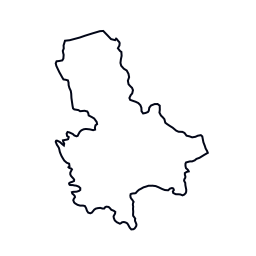 Akciabrski, Gomel, Belarus, rotated 79°
{"feature_id": "67162791B76840313346110", "entity_name": "Akciabrski", "entity_type": "district", "adm_level": 2, "iso_a3": "BLR", "parent_name": "Belarus", "parent_adm1": "Gomel", "projection": "albers", "projection_center": [28.984, 52.671], "detail": "fine", "context": "isolated", "style": "outline", "palette": "ink", "viewbox_px": 256, "rotation_deg": 79, "n_neighbors": 0, "source": "geoboundaries", "source_scale": "gbopen_adm2", "svg_char_len": 3944}
<svg xmlns="http://www.w3.org/2000/svg" viewBox="0 0 256 256"><g transform="rotate(79 128 128)"><path d="M30.3,173.2L32.4,174.3L34.7,175.5L37.7,175.9L39.9,177.3L42.1,177.3L43.9,177.2L47.5,178.2L49.1,179.6L49.1,182.6L48.9,185.4L50.7,186.6L53.3,186.5L56.5,185.7L60.3,184.7L63.3,183.7L65.8,182.9L68.0,182.1L68.8,179.9L69.8,177.9L72.0,177.7L74.6,178.1L77.4,177.9L80.7,177.1L83.5,177.2L87.7,177.8L91.5,178.0L95.7,178.2L98.3,178.2L99.5,177.2L100.3,175.0L101.0,173.2L102.4,171.8L102.6,169.4L102.8,167.4L104.0,164.8L105.8,164.2L108.2,164.2L110.4,161.4L112.2,159.4L116.1,157.6L118.3,157.6L119.1,159.4L121.3,160.4L123.3,160.6L123.5,162.6L122.3,165.2L121.9,166.2L120.9,169.6L120.8,171.8L121.4,174.2L122.6,176.1L124.5,177.7L126.1,178.9L126.3,180.1L125.1,182.1L123.4,183.3L121.2,186.3L120.4,188.1L121.8,189.3L124.2,189.3L125.6,187.9L127.5,188.9L127.7,189.9L127.7,192.5L127.7,194.2L129.1,194.2L131.2,193.6L132.9,194.3L131.1,195.8L128.9,197.4L127.9,198.6L126.8,200.2L126.8,201.0L127.8,201.6L128.8,201.4L130.9,201.0L132.5,200.3L134.5,199.6L136.5,199.5L138.1,199.5L139.5,199.3L142.4,198.7L143.7,198.3L145.4,197.7L147.8,196.8L150.4,194.8L151.8,192.6L154.4,192.7L155.1,193.9L156.0,193.3L156.9,191.6L157.9,190.9L159.2,191.9L160.7,193.1L162.3,193.5L163.9,193.2L165.7,192.2L167.1,191.3L168.4,190.7L169.7,191.1L170.2,193.0L170.4,194.9L170.8,196.1L171.5,196.5L172.7,196.1L173.2,194.7L173.5,193.1L174.2,191.5L174.7,189.9L176.1,187.6L177.9,186.3L179.7,186.7L180.4,188.1L180.7,190.5L180.5,192.1L180.2,194.1L180.3,195.3L181.7,195.2L183.1,194.1L184.5,193.3L185.7,193.2L186.7,194.2L187.7,195.1L188.5,195.5L190.8,195.1L191.9,194.3L193.8,192.2L195.0,189.9L195.6,186.9L196.4,185.2L198.8,184.4L201.3,184.1L203.5,183.2L204.5,181.3L204.2,179.7L203.0,178.2L201.7,176.7L201.0,175.0L200.9,173.0L201.1,170.5L202.2,168.4L202.5,166.7L201.3,165.4L201.1,164.2L201.8,162.1L203.3,161.0L205.1,160.0L205.9,158.7L206.6,157.7L207.9,156.5L209.5,157.0L210.8,158.1L211.9,159.0L213.6,159.1L216.2,158.6L217.4,157.7L218.4,156.9L220.4,154.2L220.0,152.8L219.4,151.8L219.5,150.0L220.3,148.3L221.5,146.9L223.6,146.1L226.2,145.3L228.2,144.1L228.4,142.0L227.9,140.7L226.8,139.5L225.6,138.5L224.1,138.1L222.0,138.5L220.7,138.8L219.4,138.7L218.4,138.2L216.1,139.2L215.2,139.7L213.7,139.5L212.2,139.1L210.9,138.8L209.0,138.6L207.8,138.4L206.2,137.9L205.2,137.9L204.3,137.9L202.7,137.4L201.6,136.6L199.3,137.5L198.1,138.2L196.7,138.7L194.8,138.6L193.4,138.0L193.2,136.9L193.2,135.3L193.4,134.2L193.4,132.9L192.3,131.5L191.6,130.5L190.7,128.9L190.2,127.1L189.2,124.1L189.0,121.9L188.6,118.9L189.3,115.0L190.3,111.9L192.0,109.3L194.4,106.1L195.9,103.7L196.8,100.5L195.5,98.3L195.3,96.3L196.0,95.1L197.6,94.8L198.9,96.1L200.4,96.0L202.1,93.8L202.7,91.1L203.2,89.3L204.5,87.3L204.1,85.5L202.9,83.8L201.8,83.1L199.8,82.6L197.8,82.6L195.1,82.6L192.8,82.3L190.5,83.0L189.1,82.5L187.8,81.3L186.4,80.9L184.8,81.1L183.1,80.8L182.3,78.8L182.2,76.7L181.2,76.9L179.9,77.6L178.6,78.7L177.5,78.8L176.1,78.8L174.0,78.4L172.9,77.6L172.6,73.8L173.0,71.4L172.5,68.7L171.4,66.7L170.9,63.5L168.9,58.2L167.6,54.4L165.9,54.7L162.9,55.7L160.3,56.0L156.4,56.7L153.8,56.7L150.4,56.7L148.9,57.9L148.9,60.6L148.9,61.0L149.5,63.5L149.4,66.8L147.9,69.3L146.7,72.0L143.6,73.5L142.2,75.3L141.3,79.1L139.8,81.2L136.2,84.1L133.9,86.6L131.5,89.0L129.9,90.4L126.3,90.6L124.3,91.7L122.0,93.3L118.9,94.2L116.2,93.3L112.1,92.6L110.1,94.4L109.6,97.3L110.3,101.1L112.1,103.2L115.0,104.3L116.1,105.4L116.6,107.9L116.6,110.4L114.1,111.5L110.7,111.0L108.0,111.5L105.5,113.1L103.7,115.5L102.4,117.8L100.8,120.5L98.8,120.9L96.3,119.1L94.9,117.3L91.8,115.9L89.3,116.4L87.5,117.7L85.2,119.1L81.6,119.1L78.3,117.2L74.9,117.2L71.3,118.3L69.0,120.8L65.6,122.8L62.7,123.0L59.3,121.9L56.0,120.5L52.1,120.0L50.8,121.2L47.8,122.7L45.4,120.7L43.1,120.0L42.0,120.2L40.9,120.9L38.4,122.2L38.0,122.6L39.3,123.9L37.5,127.7L33.2,130.4L28.0,133.8L27.6,137.1L28.3,144.5L29.2,152.6L30.0,158.2L30.7,168.5L30.3,173.2Z" fill="none" stroke="#020617" stroke-width="2"/></g></svg>